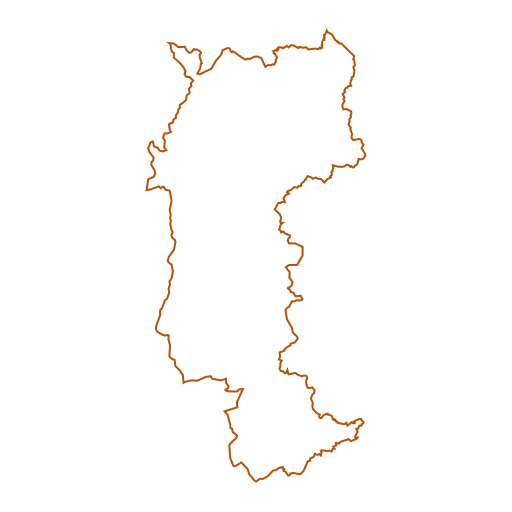 Mzimba, Mzimba, Malawi (Albers equal-area conic projection)
{"feature_id": "42251766B77624810989827", "entity_name": "Mzimba", "entity_type": "district", "adm_level": 2, "iso_a3": "MWI", "parent_name": "Malawi", "parent_adm1": "Mzimba", "projection": "albers", "projection_center": [33.674, -11.849], "detail": "fine", "context": "isolated", "style": "outline", "palette": "amber", "viewbox_px": 512, "rotation_deg": 0, "n_neighbors": 0, "source": "geoboundaries", "source_scale": "gbopen_adm2", "svg_char_len": 5996}
<svg xmlns="http://www.w3.org/2000/svg" viewBox="0 0 512 512"><path d="M292.8,472.9L300.2,474.3L303.5,471.1L307.8,461.3L310.3,460.7L310.0,458.6L313.7,456.8L314.8,453.9L317.2,454.9L319.4,454.1L320.9,455.5L321.5,452.4L320.9,451.0L321.7,450.2L327.6,451.1L329.5,450.7L331.6,451.6L332.7,449.0L334.6,448.7L333.3,446.6L336.2,445.4L335.9,443.0L338.9,443.6L340.2,441.9L348.4,439.2L351.2,441.1L356.8,438.7L357.6,437.5L355.6,437.7L355.0,436.4L357.6,431.9L356.3,429.0L358.3,428.4L359.2,425.7L361.5,425.6L361.6,424.3L364.1,422.9L363.5,423.0L363.3,421.9L361.6,420.5L361.2,419.0L359.0,419.0L354.1,421.3L354.7,423.2L353.2,423.3L351.9,422.1L347.6,425.4L347.6,424.7L346.6,424.4L346.4,422.9L343.8,424.3L337.5,422.7L337.6,422.0L335.8,421.3L335.5,419.9L334.4,420.3L333.9,419.0L332.7,419.2L332.1,416.3L329.8,414.9L327.9,414.6L327.7,413.6L323.5,415.2L321.3,418.2L320.1,418.0L319.0,416.7L319.8,414.8L316.2,412.6L312.9,408.9L312.3,405.6L312.9,403.4L310.9,398.5L312.4,394.5L313.9,393.4L314.6,390.2L312.0,387.3L310.0,388.1L307.7,387.8L306.4,384.5L306.1,380.8L307.3,378.2L306.5,376.0L303.8,375.4L302.3,376.4L297.6,374.7L295.4,372.9L288.6,374.4L287.4,370.0L286.2,373.0L285.0,373.1L282.9,371.3L281.0,371.1L279.4,368.6L280.3,366.5L280.4,362.7L281.7,360.6L279.0,359.5L280.0,356.7L279.7,352.4L284.1,350.8L284.5,349.5L287.0,347.2L290.3,345.4L290.7,343.8L295.0,342.3L297.7,338.6L297.2,336.8L293.0,332.6L291.8,327.6L287.0,319.3L285.4,310.1L287.2,307.8L289.2,306.7L292.0,301.3L294.7,301.3L296.2,300.3L299.6,300.5L302.0,299.8L302.5,299.0L300.6,295.7L295.5,296.3L293.6,292.9L291.0,292.1L289.6,289.4L287.9,288.5L288.1,287.6L290.1,287.1L291.6,285.3L292.6,282.3L289.3,277.3L289.7,272.3L285.8,267.2L289.2,265.0L297.2,264.9L302.6,255.4L302.6,246.9L295.3,243.4L289.0,243.4L287.8,240.6L288.4,238.3L289.8,237.5L290.1,235.6L285.0,233.4L283.4,231.6L281.1,232.4L280.8,230.9L279.1,229.6L281.0,223.9L282.6,222.9L280.5,222.5L280.2,221.6L281.2,217.9L280.0,214.5L274.7,209.3L278.4,202.8L280.5,203.1L282.0,201.9L284.9,202.1L283.6,198.0L286.2,194.8L288.9,193.6L287.0,192.1L288.0,190.8L290.6,190.3L294.3,187.0L297.4,187.7L298.6,185.9L301.0,186.0L301.3,183.7L303.9,181.6L304.8,179.9L305.9,179.6L307.5,176.1L311.5,177.5L312.8,178.8L315.7,177.5L317.5,178.7L321.1,179.0L324.3,182.5L327.3,179.1L330.9,177.5L330.3,176.3L331.8,174.8L331.5,171.8L332.6,171.3L332.5,169.6L333.3,168.5L332.8,165.2L338.1,166.7L342.3,166.8L344.5,166.4L346.6,164.6L349.8,165.7L350.5,166.8L351.3,166.2L352.5,167.3L353.9,167.4L355.0,165.6L357.1,164.5L358.7,159.4L358.0,158.6L360.1,159.4L363.0,159.0L365.4,155.6L365.1,153.7L361.6,148.3L363.5,144.6L361.6,142.3L361.4,140.0L359.6,138.9L353.2,140.1L351.8,138.5L351.5,136.2L352.1,133.9L350.3,129.3L350.8,128.0L348.6,124.5L349.6,121.8L349.3,119.7L351.0,116.8L350.3,115.3L351.3,114.1L351.2,111.5L346.8,109.1L343.1,109.2L342.2,105.2L344.6,100.9L343.4,99.2L344.5,97.4L342.6,94.0L345.0,92.0L344.4,90.5L345.6,88.2L347.4,87.6L347.9,86.3L351.1,85.7L350.2,83.8L351.0,80.2L351.8,79.4L351.5,78.0L351.9,77.2L353.0,77.0L354.0,74.2L354.4,70.8L353.3,67.1L354.9,65.3L354.1,59.6L353.3,59.3L354.1,56.1L341.1,43.3L339.3,43.6L338.7,42.2L337.5,42.2L337.1,41.0L335.4,40.3L332.1,34.7L327.0,31.8L326.7,30.7L325.2,34.5L323.9,35.1L324.7,37.7L323.9,38.1L324.3,39.8L323.2,39.8L322.7,40.5L322.1,43.0L322.4,44.7L321.6,45.2L322.3,47.2L321.6,48.3L320.2,47.7L320.1,48.5L319.2,48.2L318.0,49.2L315.5,48.5L308.3,49.5L306.0,47.2L303.2,47.8L299.2,46.9L298.9,47.8L297.8,47.9L294.2,45.7L291.4,45.1L288.6,47.4L286.9,45.9L282.9,48.3L282.3,47.5L278.8,47.2L277.0,48.8L277.3,49.7L278.1,49.7L277.5,50.7L275.2,50.2L273.3,51.1L274.2,51.6L273.6,53.4L275.0,54.1L277.2,57.6L275.8,59.8L275.9,61.4L274.2,64.7L272.5,64.3L270.9,65.3L267.8,65.1L265.4,66.9L261.3,58.2L257.9,56.5L256.3,56.5L253.8,56.9L249.7,59.1L247.9,58.6L246.0,59.5L244.3,59.2L232.9,51.3L232.0,52.2L231.2,51.9L229.5,48.3L227.9,47.9L222.6,50.2L221.1,54.9L216.1,60.5L211.3,68.7L199.9,74.3L197.4,73.6L200.1,68.7L200.9,63.8L201.8,63.2L199.7,57.2L199.7,54.7L201.0,53.0L200.5,51.7L197.1,49.5L195.0,49.7L194.0,49.0L191.3,52.4L188.9,52.7L186.5,50.1L184.7,46.7L178.5,47.2L173.7,43.5L169.0,43.1L170.3,44.2L171.7,51.5L174.0,53.0L173.7,57.5L180.3,63.3L183.3,67.0L185.5,71.3L184.6,73.9L185.9,76.7L189.6,77.1L193.1,80.5L190.9,83.4L191.4,86.0L188.9,88.7L189.7,92.7L186.7,95.6L186.0,99.9L182.7,103.1L180.0,104.6L179.8,108.0L178.2,109.7L178.0,112.3L175.9,115.3L176.0,117.8L173.7,119.4L172.6,122.9L170.3,123.2L168.9,124.7L169.8,129.9L170.9,132.0L167.1,133.5L165.0,133.2L163.7,135.0L163.2,138.2L164.9,140.8L164.2,147.3L166.3,150.3L162.5,151.4L160.2,150.8L158.5,149.4L158.1,148.0L154.1,146.5L152.7,141.4L150.4,142.6L148.2,148.4L149.5,152.1L153.5,157.4L153.2,160.6L151.7,161.9L151.2,164.7L154.6,170.3L155.3,173.7L153.5,177.0L148.2,179.2L146.6,190.0L150.7,189.4L158.8,186.4L160.8,188.3L162.4,186.8L163.6,186.8L165.5,189.8L169.6,190.7L171.6,200.7L169.6,210.1L170.7,215.2L170.1,218.0L170.8,220.3L170.2,224.4L171.5,230.0L172.7,232.2L171.4,235.2L172.3,238.0L174.5,239.4L175.5,241.8L174.1,249.3L169.0,256.7L167.8,260.1L168.3,262.1L171.5,264.6L172.9,271.1L171.6,278.4L169.5,281.3L169.9,284.6L168.6,288.7L169.2,292.6L167.2,298.4L165.0,300.5L162.2,307.8L160.1,310.4L160.1,315.2L156.1,326.4L156.0,329.4L157.5,331.9L162.9,334.9L165.2,335.6L167.9,334.9L168.6,335.4L168.4,338.9L170.0,345.5L169.4,356.6L172.4,359.3L174.6,359.7L175.4,366.0L179.6,370.2L182.9,375.1L183.5,382.8L185.2,381.8L191.3,380.4L197.6,380.7L205.9,376.9L210.6,376.2L212.4,378.8L221.0,380.4L225.9,378.8L226.1,382.8L228.6,386.5L228.1,388.0L225.3,389.9L225.7,390.4L229.0,391.4L236.9,391.5L239.3,389.2L242.9,389.0L236.9,402.4L237.3,407.3L224.6,411.3L227.6,414.8L230.3,424.8L230.4,428.0L232.0,428.7L232.8,432.1L236.9,435.3L236.8,437.3L230.5,443.4L229.3,445.5L230.3,458.2L233.4,465.9L234.9,466.3L241.5,462.5L247.8,469.3L249.2,474.2L255.1,481.1L256.5,481.3L259.6,478.9L263.1,478.9L267.9,476.1L273.0,470.6L276.7,469.8L278.0,468.4L282.3,467.0L283.0,467.3L282.7,468.6L284.3,469.1L283.6,471.0L285.7,471.8L288.1,475.5L289.3,475.5L290.2,473.7L292.8,472.9Z" fill="none" stroke="#b45309" stroke-width="2"/></svg>